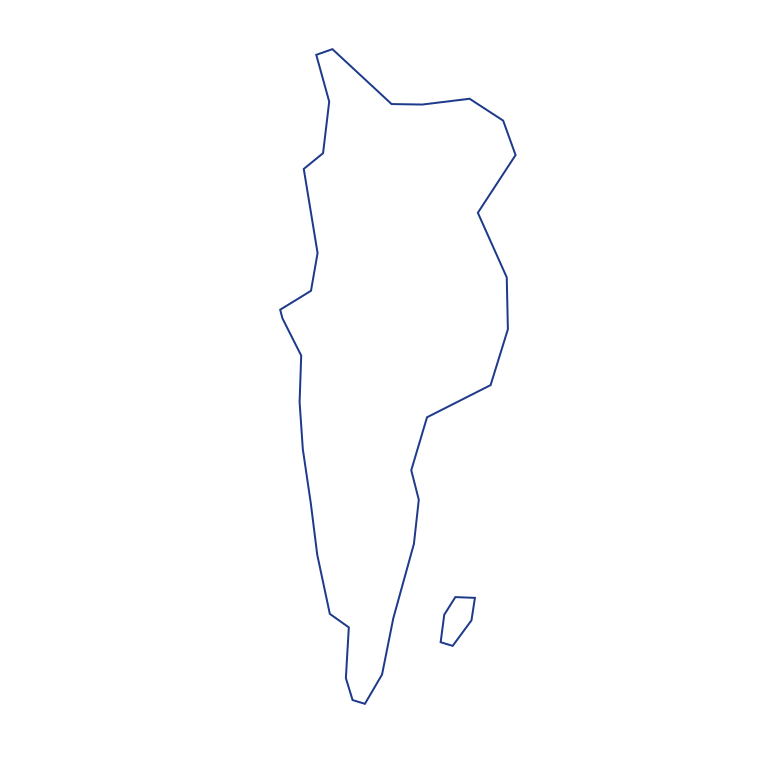 St. Croix, United States Virgin Islands, United States of America (Natural Earth projection), rotated 102°
{"feature_id": "52423323B37020317002794", "entity_name": "St. Croix", "entity_type": "district", "adm_level": 2, "iso_a3": "USA", "parent_name": "United States of America", "parent_adm1": "United States Virgin Islands", "projection": "natural_earth1", "projection_center": [-64.727, 17.735], "detail": "fine", "context": "isolated", "style": "outline", "palette": "blue", "viewbox_px": 768, "rotation_deg": 102, "n_neighbors": 0, "source": "geoboundaries", "source_scale": "gbopen_adm2", "svg_char_len": 679}
<svg xmlns="http://www.w3.org/2000/svg" viewBox="0 0 768 768"><g transform="rotate(102 384 384)"><path d="M67.2,504.1L76.1,518.7L119.2,496.3L170.9,491.6L190.3,507.2L269.7,476.2L308.0,474.8L332.9,501.0L340.9,497.0L373.4,470.9L419.2,462.8L464.5,449.9L515.9,430.8L564.9,413.8L620.1,389.2L629.4,367.8L663.6,362.6L679.7,360.1L699.7,349.0L700.8,336.2L668.6,325.5L611.2,326.2L534.1,321.5L490.0,325.9L462.7,339.4L407.6,335.0L362.9,279.5L304.7,274.2L254.2,286.1L197.0,327.8L132.7,302.9L101.6,322.2L87.2,359.6L102.7,404.7L108.6,434.8L67.2,504.1ZM574.3,250.6L577.6,269.9L597.2,277.1L624.8,274.9L625.9,262.4L597.0,249.3L574.3,250.6Z" fill="none" stroke="#1e3a8a" stroke-width="2"/></g></svg>